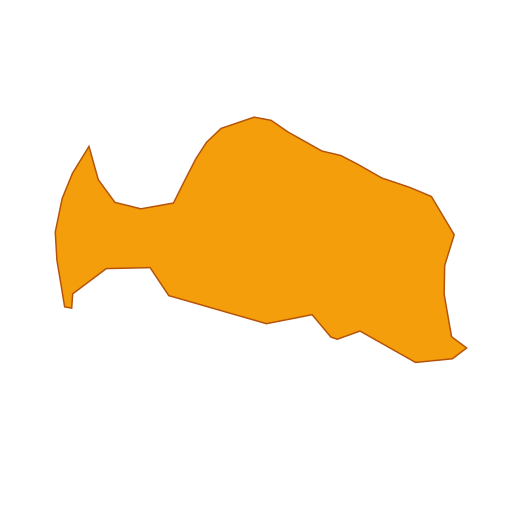 Pedoulas, Nicosia, Cyprus, rotated 347°
{"feature_id": "46923920B72226225421474", "entity_name": "Pedoulas", "entity_type": "district", "adm_level": 2, "iso_a3": "CYP", "parent_name": "Cyprus", "parent_adm1": "Nicosia", "projection": "equal_earth", "projection_center": [32.829, 34.962], "detail": "fine", "context": "isolated", "style": "filled", "palette": "amber", "viewbox_px": 512, "rotation_deg": 347, "n_neighbors": 0, "source": "geoboundaries", "source_scale": "gbopen_adm2", "svg_char_len": 691}
<svg xmlns="http://www.w3.org/2000/svg" viewBox="0 0 512 512"><g transform="rotate(347 256 256)"><path d="M453.9,279.9L440.3,237.5L421.3,223.8L396.0,208.2L375.5,189.3L361.3,177.2L343.9,168.6L315.4,142.7L301.2,127.2L285.4,120.3L250.7,123.8L233.3,134.1L219.1,147.9L201.7,168.6L187.5,185.8L154.3,184.1L130.6,172.0L119.5,146.2L117.9,111.7L95.8,134.1L80.0,156.5L65.8,187.5L61.1,215.1L59.5,241.0L58.1,262.5L64.7,265.3L68.9,251.6L107.3,234.6L150.2,243.5L162.1,275.0L218.0,306.0L250.9,324.3L297.5,325.8L310.7,351.8L315.5,354.8L316.3,355.4L340.4,352.5L387.5,395.6L424.3,400.3L440.5,393.0L428.4,378.6L430.7,335.6L437.7,307.7L453.9,279.9Z" fill="#f59e0b" stroke="#b45309" stroke-width="1.5"/></g></svg>